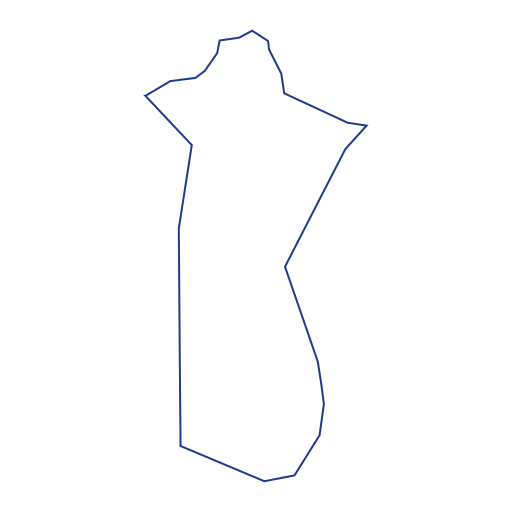 the district of Tonj South, Warrap, South Sudan
{"feature_id": "79223893B28236653000633", "entity_name": "Tonj South", "entity_type": "district", "adm_level": 2, "iso_a3": "SSD", "parent_name": "South Sudan", "parent_adm1": "Warrap", "projection": "robinson", "projection_center": [28.756, 7.089], "detail": "fine", "context": "isolated", "style": "outline", "palette": "blue", "viewbox_px": 512, "rotation_deg": 0, "n_neighbors": 0, "source": "geoboundaries", "source_scale": "gbopen_adm2", "svg_char_len": 486}
<svg xmlns="http://www.w3.org/2000/svg" viewBox="0 0 512 512"><path d="M321.3,384.2L317.8,361.7L285.0,266.7L345.4,149.0L366.6,125.6L347.5,122.7L284.2,93.3L281.3,73.7L269.0,49.4L268.1,41.0L252.1,30.7L239.0,37.7L219.6,40.5L217.2,53.1L204.8,70.9L195.4,77.9L170.3,81.1L145.5,95.8L145.4,95.8L191.8,145.1L178.8,228.4L179.8,361.4L180.5,439.4L180.5,446.0L264.2,481.2L264.3,481.3L264.5,481.2L294.5,475.4L319.6,435.2L323.9,403.9L321.3,384.2Z" fill="none" stroke="#1e3a8a" stroke-width="2"/></svg>